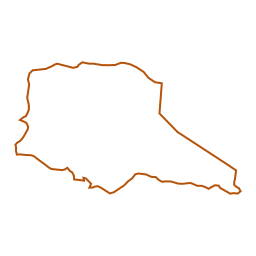 Santa Cruz do Capibaribe, Pernambuco, Brazil
{"feature_id": "56859067B39285037259201", "entity_name": "Santa Cruz do Capibaribe", "entity_type": "district", "adm_level": 2, "iso_a3": "BRA", "parent_name": "Brazil", "parent_adm1": "Pernambuco", "projection": "orthographic", "projection_center": [-36.328, -7.887], "detail": "fine", "context": "isolated", "style": "outline", "palette": "amber", "viewbox_px": 256, "rotation_deg": 0, "n_neighbors": 0, "source": "geoboundaries", "source_scale": "gbopen_adm2", "svg_char_len": 1438}
<svg xmlns="http://www.w3.org/2000/svg" viewBox="0 0 256 256"><path d="M52.3,66.0L45.9,68.9L32.7,70.3L29.5,73.4L27.9,79.4L28.6,82.1L29.2,84.5L27.2,97.8L28.8,104.8L28.9,109.5L27.9,112.1L26.0,116.1L23.4,117.3L20.0,120.0L23.6,121.5L26.4,122.9L28.1,126.7L27.7,129.4L24.4,135.3L22.4,138.4L20.1,141.0L17.1,142.8L15.4,144.8L16.1,147.4L16.0,150.9L16.9,154.6L19.9,154.4L27.3,155.1L30.3,155.1L33.4,155.9L39.5,160.5L43.1,163.1L48.7,167.4L51.3,169.0L62.2,170.1L64.9,169.4L67.4,167.8L69.8,170.9L72.0,172.2L73.9,175.7L74.1,179.4L81.8,180.3L84.0,180.7L83.5,177.8L85.8,178.4L88.7,181.3L91.1,183.8L89.4,187.7L92.9,187.5L95.2,186.5L97.8,186.2L101.4,188.0L109.8,193.4L113.7,192.3L124.0,185.5L128.1,181.3L132.0,178.5L135.3,174.3L138.3,173.5L145.9,174.4L151.2,176.8L155.7,177.1L159.1,180.2L162.3,181.8L165.2,181.4L171.1,181.5L178.1,183.6L182.0,183.8L184.5,183.6L186.9,183.3L190.5,183.0L193.4,184.1L197.2,185.8L201.7,185.8L205.1,187.0L208.6,188.8L211.4,187.1L214.8,185.3L218.7,185.6L220.1,187.9L230.3,193.7L233.6,193.1L237.7,193.6L240.6,191.2L238.9,188.2L236.7,187.1L234.2,184.9L234.2,181.7L234.9,179.4L236.1,170.4L224.0,162.3L216.3,157.3L177.5,132.0L159.5,113.5L161.8,83.3L157.5,82.6L154.9,82.2L148.4,77.8L143.6,71.9L136.4,67.2L130.2,64.3L124.5,63.0L120.8,62.8L115.3,65.0L108.3,65.2L102.3,65.1L99.1,64.6L93.0,63.6L89.4,63.7L85.9,63.1L82.3,62.3L78.7,64.9L77.3,66.9L73.1,67.8L57.1,63.7L54.7,64.6L52.3,66.0Z" fill="none" stroke="#b45309" stroke-width="2"/></svg>